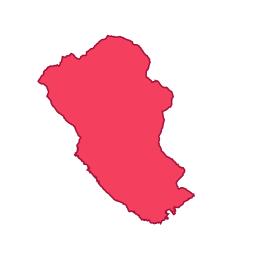 outline of Nucsoara, Arges, Romania, rotated 323°
{"feature_id": "2599482B94508358599951", "entity_name": "Nucsoara", "entity_type": "district", "adm_level": 2, "iso_a3": "ROU", "parent_name": "Romania", "parent_adm1": "Arges", "projection": "albers", "projection_center": [24.784, 45.463], "detail": "fine", "context": "isolated", "style": "filled", "palette": "rose", "viewbox_px": 256, "rotation_deg": 323, "n_neighbors": 0, "source": "geoboundaries", "source_scale": "gbopen_adm2", "svg_char_len": 5767}
<svg xmlns="http://www.w3.org/2000/svg" viewBox="0 0 256 256"><g transform="rotate(323 128 128)"><path d="M140.2,221.5L140.6,220.3L140.0,219.8L139.5,218.9L139.4,217.6L138.2,214.3L137.7,213.5L137.5,211.7L135.9,208.9L134.3,207.6L132.5,207.6L131.8,207.2L131.7,206.2L132.4,205.2L132.4,203.2L133.6,200.8L136.3,199.8L143.6,198.8L144.3,197.6L146.2,197.3L147.8,196.0L148.2,193.2L147.9,192.8L146.9,192.2L146.7,191.1L145.9,190.3L145.6,188.7L146.0,187.1L144.7,186.1L144.7,185.8L145.1,185.2L145.2,184.3L145.0,183.9L145.0,182.7L144.4,181.2L144.7,180.1L144.6,179.4L144.2,179.5L143.6,178.2L143.2,176.4L142.4,175.3L141.6,173.6L141.5,168.8L141.0,166.8L141.1,165.8L141.6,165.2L142.1,163.6L142.4,162.4L142.4,160.9L142.8,159.7L143.3,159.5L143.6,158.6L143.5,158.1L146.0,156.2L147.0,154.9L147.2,153.8L147.6,153.1L148.9,152.4L149.9,152.2L151.7,151.3L152.5,150.8L153.9,149.2L155.7,148.6L159.3,145.2L160.9,144.2L162.1,142.9L162.3,141.2L165.5,135.4L168.2,136.3L170.7,136.5L173.3,136.1L174.6,136.8L176.8,135.7L177.3,135.2L179.1,132.6L179.8,132.2L180.3,131.0L182.9,130.3L184.0,127.5L184.7,125.2L184.1,124.0L183.5,121.7L183.7,120.3L183.2,118.7L182.2,118.2L181.2,117.4L180.1,115.6L179.9,112.8L180.1,109.1L179.7,108.0L178.4,106.9L178.3,106.5L177.6,107.2L175.5,106.1L174.8,106.2L174.6,106.0L174.9,105.1L174.9,103.7L174.7,102.8L174.3,102.1L174.3,100.8L174.0,100.2L174.0,99.6L173.3,98.6L174.0,97.1L176.5,93.9L177.2,93.7L177.8,93.2L178.5,93.3L179.9,92.9L180.3,92.0L181.3,91.8L182.4,90.5L185.3,88.7L185.6,87.3L186.4,86.4L186.4,85.7L186.6,85.1L186.6,84.3L186.4,84.0L186.8,82.1L186.0,80.2L186.0,78.9L185.8,78.1L186.0,76.8L185.9,75.6L186.2,75.2L186.0,74.1L186.3,71.3L186.1,70.4L186.1,69.1L185.3,67.1L183.0,65.2L182.4,63.5L183.3,61.9L181.5,58.2L181.1,58.0L178.9,54.4L178.6,53.7L178.7,53.2L177.0,51.1L177.0,50.6L175.9,49.7L174.4,49.1L173.1,48.1L172.4,47.8L172.0,46.6L170.3,45.4L170.1,44.6L169.6,44.6L168.6,43.7L167.4,42.0L164.0,43.3L162.5,43.0L161.0,42.1L159.7,41.7L158.1,41.8L157.1,41.6L155.1,42.3L153.9,42.0L152.5,42.5L150.8,42.4L150.1,43.0L147.6,43.4L146.2,42.4L142.6,42.7L140.7,42.3L140.4,42.5L139.7,43.6L138.8,44.4L138.2,44.6L137.2,44.1L135.8,42.9L133.3,42.7L132.1,43.5L130.4,43.8L128.9,41.1L128.4,39.2L128.7,38.3L128.4,37.6L128.6,36.7L127.4,34.3L124.3,34.9L123.2,33.9L121.9,33.5L121.0,33.9L120.1,33.6L118.6,31.5L117.9,32.1L117.6,32.9L116.7,33.3L115.0,35.0L113.2,35.0L113.0,35.5L112.0,36.4L110.5,37.0L109.9,36.8L109.7,35.2L108.8,34.9L108.1,35.1L107.2,34.0L105.4,33.5L103.9,32.5L103.4,31.8L102.0,31.9L101.1,31.3L100.1,31.3L99.6,31.9L98.8,31.8L98.1,32.1L96.3,31.9L94.7,32.3L93.6,33.3L93.4,33.8L92.4,34.6L90.5,34.3L87.0,35.8L86.4,35.8L84.5,36.5L84.4,38.0L85.3,40.4L86.2,41.3L87.2,41.9L88.0,46.4L87.4,47.4L87.4,48.5L87.0,49.1L86.4,51.3L84.8,52.5L82.4,53.8L82.8,54.5L82.5,54.7L82.6,55.0L82.5,55.7L82.7,56.2L82.6,56.6L82.8,57.8L82.6,60.2L82.7,60.4L81.7,61.6L81.1,65.2L81.3,65.4L81.3,66.0L81.7,67.1L81.6,67.4L81.7,68.3L81.5,69.4L81.6,69.8L81.4,70.8L81.4,72.7L81.9,74.9L82.4,75.5L83.6,79.7L83.3,81.1L82.9,81.5L83.3,82.9L83.0,84.5L83.7,87.5L84.6,90.1L85.0,90.4L85.0,91.2L85.8,92.6L86.0,93.4L85.9,94.3L86.2,94.9L86.2,95.4L85.8,95.7L85.3,97.6L85.3,98.0L84.7,99.6L84.5,102.4L84.0,103.2L83.9,104.6L84.6,106.8L84.1,107.6L83.0,107.7L81.6,108.4L80.9,109.7L80.6,109.9L76.8,111.1L76.0,112.6L76.5,113.3L76.3,113.7L75.6,113.9L75.5,114.7L74.3,115.0L74.5,115.7L72.7,116.4L72.4,116.8L71.8,116.9L71.2,116.5L71.1,117.3L70.8,117.6L69.4,117.0L69.2,117.2L69.4,117.6L69.3,118.6L69.6,119.0L69.9,118.9L71.3,119.9L71.3,120.4L70.7,120.7L70.9,121.4L70.5,122.1L70.5,122.5L71.0,123.1L71.1,124.8L71.6,125.1L71.6,125.7L71.2,126.7L71.7,127.3L72.2,128.9L72.1,129.3L71.0,130.0L71.7,131.1L72.8,131.8L72.8,132.2L73.1,132.7L73.3,134.1L73.2,134.4L72.6,134.8L73.1,135.3L73.2,136.9L72.4,137.0L71.7,136.4L71.1,136.9L70.2,137.0L70.7,137.6L71.0,138.8L71.5,139.1L71.7,139.5L71.6,140.1L70.8,140.3L70.7,140.6L71.5,141.5L71.7,142.4L71.9,142.7L71.6,143.6L71.9,144.8L71.6,145.6L71.8,146.0L72.6,146.6L72.4,147.1L71.9,147.4L71.8,148.0L72.2,148.4L73.0,148.2L73.2,148.4L72.4,149.3L72.2,149.7L72.3,150.6L71.6,151.0L71.9,151.6L71.1,152.3L71.4,152.7L72.6,153.2L72.4,154.0L71.1,154.6L71.3,155.5L71.2,156.2L71.4,156.7L71.3,158.3L71.8,159.3L71.9,160.5L71.5,161.2L71.9,162.0L71.7,162.6L72.0,163.0L72.2,166.0L72.6,167.7L73.2,168.6L73.2,170.5L73.5,172.9L73.9,174.3L73.8,175.9L74.1,177.1L74.4,177.6L74.7,178.8L75.7,179.4L75.9,180.5L76.7,181.2L78.8,184.8L78.9,185.1L78.4,185.9L79.5,186.7L79.6,187.2L79.9,187.7L80.1,188.9L79.5,190.1L79.5,191.6L79.2,192.8L78.9,193.2L78.9,193.9L78.6,195.2L79.3,196.0L80.6,196.1L81.5,197.9L81.6,198.3L82.2,198.4L82.4,198.0L82.8,198.1L82.8,198.8L82.0,199.6L82.4,200.5L82.4,201.2L83.1,201.9L83.3,203.3L84.1,204.5L84.2,204.8L83.4,205.8L83.5,206.4L84.0,207.4L83.7,207.9L83.8,209.7L84.9,210.0L85.0,210.7L85.6,210.7L85.6,211.7L86.6,212.1L87.3,211.9L87.6,213.8L87.8,214.0L88.5,213.8L89.3,214.0L89.2,215.0L89.4,215.6L89.1,216.3L89.1,217.0L89.3,217.7L90.4,218.3L91.4,220.1L91.9,220.5L92.9,220.4L93.2,221.0L93.5,221.1L94.6,221.0L95.3,222.2L96.5,222.2L96.7,222.8L96.5,223.9L97.9,223.4L99.0,222.5L99.4,222.4L100.8,223.1L101.9,223.4L103.4,222.5L104.6,224.3L105.0,224.5L105.6,224.4L105.8,223.5L105.2,222.1L104.8,221.7L106.1,221.6L107.3,221.1L108.6,221.0L107.9,220.2L108.0,220.0L107.4,219.8L107.0,219.1L107.5,218.9L107.2,218.2L108.0,218.0L108.0,217.5L108.3,217.5L108.4,217.1L109.3,217.3L110.4,217.2L112.4,218.1L112.5,221.5L113.0,221.6L112.7,221.7L112.4,222.4L112.5,224.7L114.2,224.6L114.4,223.8L115.2,222.8L115.6,222.7L116.0,222.9L116.3,222.5L116.9,221.0L116.6,220.5L116.7,219.9L116.5,219.6L117.1,219.6L117.4,219.0L118.3,219.7L119.6,221.3L120.9,222.1L122.2,221.6L123.4,221.8L124.3,221.6L125.6,222.0L128.5,220.6L131.6,221.4L133.8,221.5L133.8,220.9L137.0,222.1L139.2,221.4L139.8,222.0L140.2,221.5Z" fill="#f43f5e" stroke="#9f1239" stroke-width="1.5"/></g></svg>